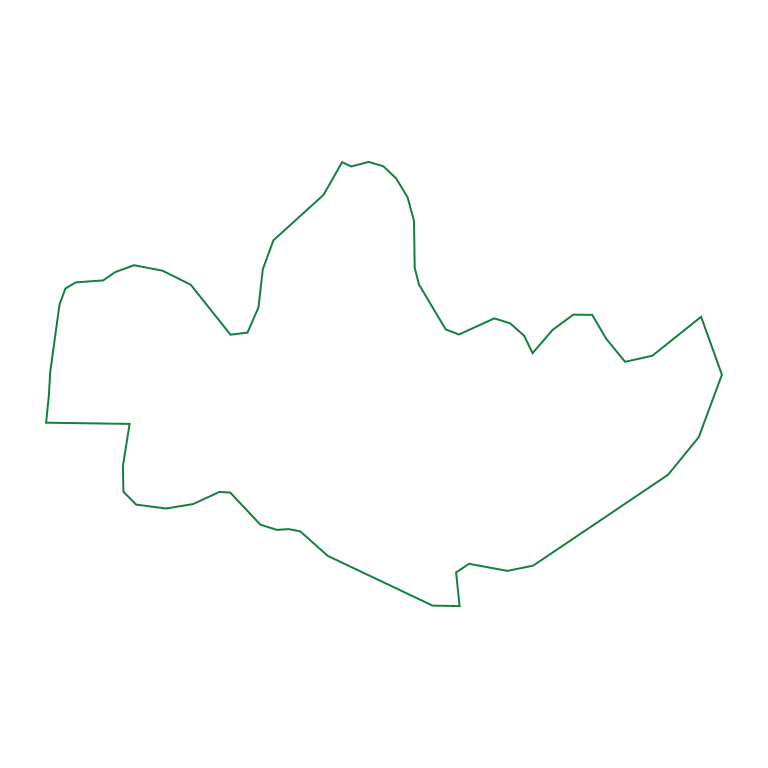 an SVG outline of Monza e Brianza
{"feature_id": "ITA-5454", "entity_name": "Monza e Brianza", "entity_type": "Province", "adm_level": 1, "iso_a3": "ITA", "parent_name": "Italy", "parent_adm1": "", "projection": "mercator", "projection_center": [9.251, 45.641], "detail": "fine", "context": "isolated", "style": "outline", "palette": "green", "viewbox_px": 768, "rotation_deg": 0, "n_neighbors": 0, "source": "natural_earth", "source_scale": "10m", "svg_char_len": 876}
<svg xmlns="http://www.w3.org/2000/svg" viewBox="0 0 768 768"><path d="M701.1,316.8L721.9,374.7L698.8,437.1L668.0,474.8L533.2,565.6L507.4,570.9L469.0,563.8L456.1,572.4L459.6,606.1L432.5,605.6L327.8,555.9L300.2,531.3L288.6,529.1L276.9,529.9L260.4,524.7L230.3,492.6L219.4,491.9L193.0,504.1L165.8,508.5L136.1,504.6L123.4,491.7L122.9,466.1L129.6,423.9L46.1,422.7L48.8,396.4L50.2,372.1L54.7,339.5L59.5,304.6L65.4,288.5L75.7,282.4L103.2,280.4L115.2,272.1L134.0,265.2L162.5,270.7L190.7,284.7L230.5,334.7L247.5,332.6L258.5,307.3L262.8,269.3L273.4,240.3L323.5,194.9L342.1,162.2L351.2,166.5L368.7,161.9L383.4,166.3L396.2,178.5L407.6,197.4L414.0,220.9L414.7,267.8L419.0,284.6L445.7,329.4L459.0,334.5L494.2,318.4L510.1,323.3L524.0,335.6L532.6,353.1L552.6,329.9L573.4,314.6L592.2,314.9L606.3,338.9L625.1,361.8L652.4,355.7L701.1,316.8Z" fill="none" stroke="#15803d" stroke-width="2"/></svg>